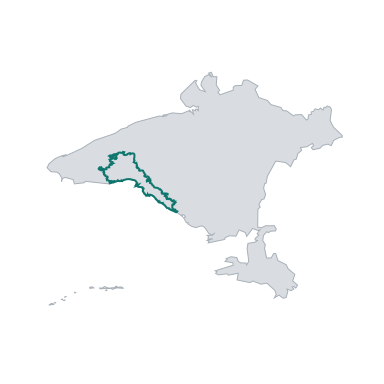 Andhra Pradesh highlighted on a map of India, rotated 83°
{"feature_id": "IND-2441", "entity_name": "Andhra Pradesh", "entity_type": "State", "adm_level": 1, "iso_a3": "IND", "parent_name": "India", "parent_adm1": "", "projection": "equal_earth", "projection_center": [79.939, 15.897], "detail": "fine", "context": "in_parent", "style": "outline", "palette": "teal", "viewbox_px": 384, "rotation_deg": 83, "n_neighbors": 0, "source": "natural_earth", "source_scale": "10m", "svg_char_len": 9599}
<svg xmlns="http://www.w3.org/2000/svg" viewBox="0 0 384 384"><g transform="rotate(83 192 192)"><path d="M75.5,158.2L80.1,157.0L80.6,153.3L88.8,154.9L94.4,152.2L96.2,154.1L98.9,152.3L96.0,138.7L93.0,138.3L91.7,136.1L92.3,129.7L87.3,127.2L87.6,123.2L94.8,113.6L97.8,116.9L106.4,114.2L110.4,105.9L114.9,103.0L118.9,93.5L122.3,91.8L123.0,88.2L128.9,81.9L128.0,80.4L128.5,73.8L134.5,69.7L133.9,68.1L129.6,66.8L129.5,64.1L127.1,64.0L126.8,61.7L124.5,59.6L125.7,56.4L124.4,54.2L126.6,51.9L123.9,50.5L124.5,48.9L123.1,47.4L124.5,44.6L127.1,43.5L137.9,46.2L144.7,43.8L154.1,36.1L155.9,36.2L155.7,38.6L158.0,45.1L163.0,48.2L161.1,51.2L161.6,56.4L164.2,59.8L164.8,66.7L162.5,68.2L160.8,65.7L158.4,66.5L161.1,72.3L161.1,78.9L163.9,78.1L167.0,82.4L172.1,84.5L172.4,86.8L178.9,91.0L174.1,95.6L171.5,105.1L185.6,115.3L192.2,117.3L192.7,119.0L197.1,120.5L203.4,119.2L207.6,121.3L208.2,124.0L212.7,127.1L215.3,126.2L217.2,128.7L234.8,131.1L236.0,127.4L234.5,123.1L235.5,114.4L238.9,112.9L240.8,113.8L240.5,118.9L241.7,121.1L240.5,122.6L243.9,126.4L248.8,127.7L253.4,125.6L256.6,126.9L266.6,126.0L267.1,121.4L263.1,118.5L263.3,116.4L270.5,115.1L275.8,107.2L279.7,106.1L286.3,100.0L292.5,102.9L297.3,98.6L300.0,100.7L298.2,102.4L298.4,104.1L300.7,102.7L302.0,105.8L299.9,109.5L302.4,109.0L308.2,111.5L308.5,114.5L305.0,118.2L307.1,123.2L304.0,120.9L299.8,121.7L291.6,128.8L291.9,134.7L287.8,142.4L289.0,145.4L284.8,158.0L278.3,156.0L279.0,166.0L277.4,167.1L277.5,175.8L275.7,178.5L274.1,176.9L273.0,178.6L269.7,160.1L267.2,160.0L264.9,167.7L263.3,165.3L262.4,166.3L261.0,161.2L262.5,155.6L266.6,154.5L268.3,152.2L269.1,147.2L271.0,146.5L267.6,144.1L254.7,144.2L249.8,142.7L249.5,135.8L248.2,132.9L247.3,135.1L245.9,135.1L242.9,130.8L241.5,132.5L237.7,129.1L238.3,131.2L235.6,136.3L242.7,143.1L238.8,143.9L235.4,149.9L241.2,153.7L240.0,160.2L241.4,164.7L243.1,165.4L244.5,182.1L242.9,181.1L242.0,182.9L241.0,177.0L240.7,182.0L238.2,181.0L236.9,182.3L237.4,176.8L235.3,174.3L237.1,177.0L235.5,180.2L228.6,183.8L226.7,186.6L227.8,192.5L226.0,196.7L223.0,200.1L221.9,199.6L221.7,201.3L216.5,203.5L215.9,201.4L213.8,202.8L213.3,204.6L215.4,204.3L210.0,209.8L204.6,218.9L190.4,232.1L189.6,238.1L185.5,240.6L181.5,240.6L179.0,247.0L176.3,245.5L173.4,247.5L171.4,254.6L173.5,272.3L172.2,269.7L171.5,270.9L173.8,273.7L168.4,296.6L169.7,297.9L169.6,307.7L165.2,308.4L162.1,316.2L162.8,318.8L166.0,320.4L162.4,319.5L157.8,321.4L155.8,323.8L154.7,329.5L150.2,332.9L146.4,330.3L142.1,323.6L140.3,317.5L139.6,312.1L141.4,316.5L140.5,312.2L135.3,296.0L128.9,282.6L124.4,261.0L120.9,254.6L120.0,248.1L118.8,247.5L116.0,239.2L112.6,215.1L113.7,210.9L113.4,209.5L112.3,211.4L112.0,210.3L112.1,207.9L113.6,208.1L112.0,207.2L111.1,202.0L113.0,192.8L111.0,185.2L111.9,184.1L110.9,184.2L115.0,181.0L110.4,181.6L111.7,178.6L110.3,178.6L110.5,176.6L112.6,175.8L107.6,175.4L108.3,177.4L106.3,180.3L108.0,183.4L106.0,187.5L97.8,192.1L93.5,191.0L81.5,175.2L82.2,173.6L84.0,175.2L91.4,172.1L94.1,166.5L87.3,170.1L83.9,169.1L79.1,165.4L77.5,161.3L80.5,158.2L76.0,161.0L75.5,158.2ZM276.9,294.1L275.2,290.3L277.3,286.4L277.6,273.7L279.3,271.6L278.0,278.3L278.9,282.9L277.9,284.0L276.9,294.1ZM286.7,342.4L286.8,347.9L285.4,344.9L286.7,342.4ZM275.2,305.1L274.1,305.2L273.9,302.9L275.2,301.2L275.2,305.1ZM282.9,333.6L282.8,335.2L282.5,333.7L282.9,333.6ZM284.2,331.4L283.7,333.5L283.8,331.3L284.2,331.4ZM285.6,340.5L285.2,342.1L284.8,341.5L285.6,340.5ZM278.0,320.6L277.2,320.7L277.6,319.8L278.0,320.6ZM276.6,294.9L275.8,295.8L276.2,294.4L276.6,294.9ZM279.2,288.5L279.6,290.0L278.7,288.9L279.2,288.5ZM280.9,331.0L280.2,330.7L280.5,329.9L280.9,331.0ZM276.7,278.3L276.3,279.9L276.5,278.1L276.7,278.3Z" fill="#d9dde1" stroke="#a8b0b8" stroke-width="1"/><path d="M173.3,272.0L173.0,271.1L172.1,269.6L172.1,270.8L172.0,270.7L171.9,270.2L171.7,269.9L171.7,270.3L171.4,270.8L171.4,271.0L171.9,272.1L172.8,272.2L173.1,272.5L172.6,272.7L171.8,272.6L171.8,272.0L171.2,271.7L171.2,271.9L171.4,272.3L170.7,272.9L170.6,273.6L169.4,274.4L168.9,274.4L168.9,274.7L169.2,275.0L168.4,275.1L168.3,274.5L167.5,274.6L167.0,273.9L166.4,274.0L166.1,275.2L165.8,275.5L165.3,276.2L164.7,276.0L164.0,277.2L163.3,277.3L162.7,277.1L162.6,276.8L162.3,276.7L162.1,276.7L161.8,277.3L161.7,277.2L161.5,276.8L160.4,277.0L160.2,277.4L159.8,277.5L159.7,277.8L159.1,280.3L158.8,280.6L158.5,280.5L158.4,281.2L158.0,281.7L157.5,281.8L156.8,281.3L156.2,280.4L156.4,280.0L156.4,279.3L156.7,279.4L157.0,279.2L157.2,278.7L157.3,278.6L158.0,279.2L158.1,278.7L157.8,278.4L158.3,277.2L158.6,276.8L158.7,276.1L159.0,275.6L159.1,274.6L158.9,274.3L158.6,274.6L158.2,274.2L157.5,274.1L157.3,273.5L157.4,271.1L156.3,271.1L155.9,271.0L155.4,270.3L154.9,270.3L154.8,270.0L155.2,269.8L155.0,269.3L155.2,268.8L155.0,268.1L154.6,267.8L154.4,268.0L154.0,268.0L153.7,268.4L153.6,267.9L153.9,267.5L153.8,266.9L153.4,267.5L152.6,267.2L152.5,267.4L152.6,268.0L151.8,268.7L151.6,269.2L151.4,269.0L151.2,269.0L151.0,269.4L149.8,269.9L149.6,268.8L149.3,268.3L148.5,268.2L147.9,268.0L147.7,267.7L147.4,267.9L147.3,267.5L147.1,268.0L146.9,268.1L147.1,268.4L147.1,269.1L146.6,269.1L146.4,269.4L146.0,269.0L145.9,269.3L145.8,269.1L145.7,268.4L146.2,267.5L145.6,266.4L145.6,265.8L145.0,265.0L145.1,264.7L145.4,264.4L145.8,264.6L146.0,265.8L146.8,266.2L147.0,266.5L148.1,266.3L148.5,266.4L148.8,267.2L148.8,267.6L149.3,267.8L149.4,267.6L149.3,266.9L149.0,266.6L148.8,266.0L149.1,265.3L148.8,265.2L149.2,264.7L149.8,264.6L150.0,264.4L149.9,263.9L149.9,263.3L149.6,263.2L149.3,262.8L149.1,263.0L149.3,263.7L149.2,263.9L148.8,263.4L148.3,263.2L148.2,262.8L147.6,262.9L147.2,262.7L146.8,263.3L146.7,263.9L145.3,263.7L145.5,263.1L145.0,262.8L144.9,262.3L145.1,262.0L145.3,262.0L145.5,261.3L145.4,261.1L144.7,261.2L144.4,260.5L144.1,260.3L144.0,259.7L144.2,258.0L144.5,257.7L144.7,256.3L144.6,256.0L143.8,255.6L144.2,254.4L145.0,254.9L145.7,255.2L146.1,255.0L146.4,255.3L146.9,254.9L147.2,253.8L147.0,252.0L146.4,251.5L146.3,250.8L145.9,249.8L145.9,249.6L146.2,249.8L146.2,249.7L146.2,248.6L146.3,248.2L146.5,248.0L146.8,248.1L146.4,246.9L146.5,245.7L146.8,245.2L147.4,244.7L148.1,244.6L150.8,245.0L151.6,245.4L153.2,245.5L153.6,245.2L155.3,246.2L155.6,245.5L156.4,244.8L156.6,244.2L156.5,243.9L156.9,244.0L157.3,243.6L157.7,243.4L158.6,243.3L159.1,243.7L159.8,243.5L160.5,244.0L161.0,243.9L161.4,243.6L161.4,242.6L161.9,242.7L162.1,242.2L162.9,241.5L164.0,241.9L164.4,241.7L164.6,240.6L164.4,240.0L164.5,238.8L164.9,238.0L166.1,237.7L166.9,237.2L167.2,237.3L167.6,236.9L168.6,236.7L169.1,236.2L169.5,236.6L170.0,236.5L170.2,237.3L170.6,237.3L171.3,236.1L171.5,235.2L171.0,234.6L171.0,234.3L171.6,233.5L172.2,233.0L172.8,232.8L173.0,233.0L173.3,233.2L173.7,234.4L174.2,235.0L175.1,235.5L175.9,235.5L175.6,234.7L175.8,234.2L175.8,233.9L175.3,233.7L174.8,233.9L174.1,233.5L174.1,232.5L174.2,232.3L174.6,232.9L174.8,232.8L175.0,232.6L175.1,232.0L175.8,231.7L176.2,231.9L176.5,232.3L177.8,232.7L178.0,232.6L178.2,232.3L178.3,231.5L178.6,231.1L180.4,230.5L180.9,229.6L182.5,229.1L183.0,228.6L183.6,226.2L183.9,225.4L184.3,224.8L185.5,224.0L185.6,223.7L185.4,223.2L186.7,222.2L187.3,222.1L187.7,221.7L188.1,221.6L188.4,221.7L188.8,222.2L189.3,222.2L189.6,221.7L190.1,221.7L190.1,220.9L190.3,220.6L189.9,220.1L189.9,219.9L190.3,219.0L190.2,218.6L190.4,217.5L190.9,216.4L191.5,216.5L191.5,217.5L192.2,218.6L192.1,219.4L192.6,219.6L192.8,219.0L193.7,218.4L193.8,218.1L193.7,217.6L193.9,217.4L194.5,217.7L194.6,218.2L194.8,218.2L195.9,217.9L195.8,217.1L196.2,216.4L196.2,216.2L195.9,216.2L195.7,215.7L195.8,215.1L196.6,213.8L196.8,213.7L197.2,214.0L198.7,212.8L198.6,212.3L198.2,211.9L198.0,211.2L198.3,211.1L199.0,211.5L199.3,210.3L199.5,210.6L199.6,211.1L199.9,210.6L200.3,210.3L200.4,209.8L200.5,209.7L201.2,211.0L201.6,211.9L201.7,211.7L201.6,211.1L202.1,211.2L202.5,212.7L202.9,213.3L204.3,213.2L205.0,213.5L206.5,213.2L206.9,212.2L207.2,212.2L207.5,211.7L207.5,210.8L208.0,210.8L208.9,210.0L209.2,210.2L209.3,209.9L209.3,209.4L209.9,209.4L210.0,209.9L209.7,209.5L209.6,210.0L209.7,210.3L209.9,210.0L210.1,210.2L209.3,211.7L208.9,212.1L208.1,213.6L207.4,214.7L207.2,215.2L206.8,215.5L206.5,216.1L206.0,216.4L205.8,216.4L205.7,216.5L206.0,216.7L206.6,216.1L204.9,218.0L204.7,218.9L201.9,220.6L200.6,221.7L199.9,222.8L199.5,223.2L199.3,223.0L199.3,223.6L198.4,225.3L198.0,225.6L197.8,225.3L197.6,225.3L197.6,225.5L198.1,225.9L197.6,226.2L197.3,226.2L197.6,226.7L196.3,227.3L194.8,228.7L194.6,228.5L193.3,229.4L191.3,230.9L190.9,231.7L190.4,232.0L189.9,232.9L189.5,234.0L189.6,234.7L190.0,234.9L190.3,234.9L190.3,233.7L190.4,234.2L190.4,235.3L190.2,236.8L190.0,237.5L189.7,237.4L190.0,237.9L189.6,238.0L189.1,238.6L188.0,239.4L187.7,239.3L187.4,239.8L186.3,240.1L185.5,240.7L185.1,240.8L184.6,240.5L184.0,240.5L183.8,240.2L183.6,240.1L183.7,240.4L183.3,240.3L182.6,240.5L182.7,240.2L181.8,240.2L181.3,240.6L181.2,240.7L181.3,241.3L181.1,241.6L180.5,243.9L180.4,244.6L179.2,246.0L179.3,246.8L178.5,245.9L178.3,243.9L178.3,244.2L178.2,244.1L178.3,244.5L178.3,245.5L177.6,247.4L177.6,246.0L177.3,245.6L176.5,245.3L176.4,245.5L175.7,245.7L174.5,246.4L174.2,246.5L173.3,247.6L172.6,249.6L172.6,249.8L172.0,251.1L171.7,252.0L171.4,254.4L171.4,255.2L171.8,258.6L172.3,259.2L172.4,259.8L172.1,260.2L172.6,260.2L172.4,261.3L172.4,262.7L172.0,263.7L171.7,263.7L171.3,264.2L171.4,264.3L171.6,264.3L171.9,263.8L172.1,264.0L172.0,264.9L172.2,266.2L173.0,268.8L172.8,269.9L173.3,271.8L173.3,272.0ZM189.3,236.3L189.2,236.2L188.9,236.3L189.6,236.6L189.8,236.6L189.6,236.5L189.8,236.4L189.9,236.2L189.7,236.3L189.3,236.3ZM178.9,246.6L179.1,246.9L178.7,247.2L178.1,246.4L178.3,246.0L178.9,246.6Z" fill="none" stroke="#0f766e" stroke-width="2"/></g></svg>